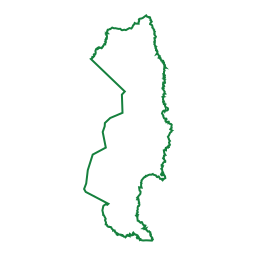 Wassa Amenfi Central, Western, Ghana
{"feature_id": "2480657B10255028610816", "entity_name": "Wassa Amenfi Central", "entity_type": "district", "adm_level": 2, "iso_a3": "GHA", "parent_name": "Ghana", "parent_adm1": "Western", "projection": "orthographic", "projection_center": [-2.243, 5.739], "detail": "fine", "context": "isolated", "style": "outline", "palette": "green", "viewbox_px": 256, "rotation_deg": 0, "n_neighbors": 0, "source": "geoboundaries", "source_scale": "gbopen_adm2", "svg_char_len": 5867}
<svg xmlns="http://www.w3.org/2000/svg" viewBox="0 0 256 256"><path d="M108.3,226.8L108.9,226.6L109.3,227.0L110.7,227.0L111.3,227.4L111.6,228.5L113.0,229.8L113.1,230.6L113.8,230.3L114.7,230.5L114.8,231.4L115.3,231.8L115.3,232.4L116.9,233.1L116.5,233.9L116.7,234.5L117.7,235.0L118.5,234.1L119.3,234.6L120.8,234.6L121.1,235.3L121.6,235.5L121.4,235.0L122.5,235.0L123.8,236.6L124.6,236.6L124.5,236.1L125.4,237.3L126.7,236.1L126.7,235.3L127.6,234.9L128.6,235.9L129.7,236.2L129.4,234.9L129.8,233.9L131.7,235.4L133.3,234.9L132.8,233.3L133.3,232.6L134.2,233.7L136.0,234.9L136.6,234.8L137.8,235.6L138.0,236.3L137.2,236.6L136.8,237.6L137.2,238.3L138.0,238.3L138.9,237.6L139.6,239.4L139.9,238.9L140.5,239.0L140.5,240.0L143.1,240.5L146.2,240.3L152.0,240.6L152.7,239.6L152.4,239.4L152.6,239.1L151.9,238.6L152.2,237.6L150.8,236.2L150.9,234.6L150.3,234.6L150.5,233.5L151.1,233.4L150.2,233.1L150.2,232.2L149.3,231.9L149.1,231.3L147.8,231.5L146.8,230.3L146.6,230.6L146.7,230.1L145.5,229.2L146.0,228.4L144.2,229.1L143.9,228.5L143.1,228.4L144.3,227.6L144.4,226.9L145.2,226.3L145.4,225.6L144.3,225.3L144.0,225.7L142.5,223.7L142.1,222.3L141.3,222.1L140.5,222.7L138.9,221.3L138.8,220.9L137.7,220.7L137.3,217.6L137.5,216.4L136.7,216.3L136.2,215.6L137.4,215.3L137.9,214.8L136.8,214.1L136.8,213.2L137.5,212.8L137.8,212.1L137.1,210.9L137.8,209.5L137.6,207.8L138.0,206.2L139.0,205.9L139.4,204.8L139.3,203.8L138.7,203.1L139.2,202.3L138.8,201.5L138.6,199.6L137.3,199.4L138.1,198.2L137.2,197.7L140.3,193.9L140.6,191.9L140.5,191.4L139.6,190.6L139.1,187.3L141.6,187.6L141.1,186.1L141.1,183.9L141.5,183.4L141.0,182.6L141.5,181.7L141.5,180.5L143.9,177.5L144.4,177.4L144.7,176.9L145.5,176.9L145.9,175.8L147.2,175.8L148.2,175.1L149.7,174.6L151.3,174.7L152.8,174.0L153.2,174.6L155.9,175.4L156.8,176.9L157.5,177.1L158.3,176.4L158.8,176.5L160.1,178.9L161.2,178.9L162.6,180.3L163.3,179.4L163.2,178.9L163.9,178.9L165.3,178.1L165.0,176.3L164.2,175.1L161.7,175.3L161.0,174.5L161.6,173.3L163.4,173.5L163.0,172.2L162.4,171.9L162.1,169.4L161.3,168.8L162.2,167.7L162.9,166.1L161.7,165.9L161.6,165.0L162.2,164.7L163.4,162.5L164.3,161.9L165.2,161.9L165.3,161.0L164.0,159.4L164.0,158.9L163.3,158.5L163.7,158.0L163.4,157.6L164.2,156.4L163.9,156.0L164.0,155.5L164.7,154.9L165.3,154.9L164.3,153.2L163.8,150.3L164.6,150.0L166.0,150.3L166.0,148.9L165.6,148.6L165.8,147.9L166.6,147.9L167.1,147.5L167.7,147.6L167.6,147.0L168.8,147.0L168.5,145.7L169.6,145.4L169.8,145.0L169.4,144.8L169.7,144.4L169.0,142.7L169.6,141.1L169.9,140.9L168.9,139.6L168.9,138.9L167.9,136.8L168.9,135.5L170.1,132.7L171.6,131.5L171.6,130.4L171.9,130.3L170.3,129.3L170.8,128.5L171.7,127.8L171.4,127.0L171.7,124.7L171.0,124.0L169.8,123.8L169.1,123.1L168.4,123.2L168.7,121.7L168.2,121.6L166.3,122.2L166.1,121.4L165.4,120.9L165.7,119.8L166.5,119.2L166.4,118.8L166.0,118.5L165.1,118.9L164.1,118.3L163.3,116.5L163.4,115.8L162.0,113.4L162.8,111.4L163.7,110.7L164.6,110.9L164.8,111.4L165.6,109.8L166.1,110.6L167.0,110.5L167.7,110.1L168.1,109.0L167.8,108.2L166.3,107.4L165.7,107.5L164.9,105.6L165.4,104.4L164.5,104.2L164.5,103.6L164.1,103.7L164.2,103.3L163.6,103.0L163.6,102.5L163.0,101.9L163.1,101.4L163.8,101.2L163.0,99.5L163.2,97.2L162.7,96.9L163.3,96.4L163.7,96.6L163.3,96.7L163.6,97.0L164.0,96.5L163.4,94.4L164.1,93.9L165.1,93.7L164.4,92.9L164.7,91.7L163.1,89.3L163.4,88.8L162.5,88.6L162.4,88.2L163.0,87.0L163.4,87.4L163.5,86.8L164.2,86.4L164.0,85.7L163.0,84.9L163.1,83.9L163.4,84.3L163.7,83.8L163.3,83.5L163.4,82.8L163.7,82.5L164.9,82.8L165.0,82.4L164.5,81.8L164.8,81.0L164.3,79.6L164.7,79.3L163.7,78.8L164.3,78.5L164.1,78.0L164.9,77.3L164.6,76.6L164.0,76.6L164.9,75.4L164.6,75.0L163.6,75.5L163.4,74.0L163.7,74.0L164.0,73.0L164.0,71.6L164.6,70.6L164.1,69.7L164.0,69.0L164.6,68.4L164.3,67.5L164.5,67.2L165.6,67.5L164.5,66.4L165.0,65.8L164.9,65.3L164.4,65.5L163.8,64.1L164.1,63.5L164.0,62.5L163.5,62.5L163.3,63.0L162.8,62.6L163.2,62.2L162.7,61.9L162.6,61.4L163.1,61.2L163.1,60.8L162.7,60.7L162.6,61.1L161.3,60.7L160.5,58.2L160.0,58.4L159.9,58.0L159.7,58.2L158.8,57.8L159.4,57.2L159.8,56.2L159.1,55.9L158.9,56.1L158.2,54.3L157.0,53.8L156.6,54.0L157.4,52.6L157.4,51.8L157.0,51.4L157.3,51.2L156.7,50.0L156.0,50.0L156.1,48.5L155.4,47.9L155.9,47.1L155.7,47.1L155.5,46.0L155.2,45.9L155.3,45.7L154.3,44.1L154.9,42.9L154.2,42.1L154.3,41.5L155.0,41.0L154.4,38.1L155.3,37.9L155.9,36.7L154.4,34.6L154.7,34.0L154.3,33.6L154.4,32.5L154.8,31.8L154.3,31.5L154.2,30.0L153.7,29.8L153.4,28.5L152.3,27.6L152.5,26.6L152.1,25.2L150.1,24.2L150.2,23.4L151.7,21.7L150.6,20.5L151.0,20.1L150.5,19.5L150.1,17.7L149.4,17.7L149.4,17.1L147.2,16.8L146.2,15.4L142.7,18.0L141.1,18.6L140.1,18.6L138.9,19.3L138.8,19.8L139.2,20.2L139.0,21.7L138.5,22.2L138.6,23.7L135.7,23.6L134.7,23.0L134.0,24.6L133.2,25.2L132.4,27.1L131.4,28.5L129.4,28.1L125.9,30.1L124.2,29.7L122.4,30.2L121.6,30.1L120.3,28.8L118.5,28.9L115.4,28.2L114.0,28.3L112.2,27.6L110.3,29.1L109.9,29.0L108.2,29.9L107.7,29.8L107.1,31.3L107.4,31.9L107.3,32.8L106.9,32.8L107.6,33.4L106.4,33.5L105.9,33.9L106.4,34.3L106.3,35.0L106.8,35.4L107.0,36.9L106.8,37.8L106.5,37.9L106.8,38.8L106.3,39.5L105.8,39.1L105.4,39.9L105.7,41.5L105.4,41.7L105.9,42.1L105.4,43.2L104.8,43.6L105.2,43.9L105.2,44.4L104.4,44.4L103.9,44.9L103.2,45.7L103.1,46.5L102.3,47.0L102.1,47.7L101.8,47.7L101.5,48.2L100.2,47.7L99.3,48.0L99.2,47.6L98.7,47.7L98.6,47.4L98.0,47.7L98.0,48.5L97.6,48.4L97.3,49.0L96.7,48.6L96.1,49.1L95.4,51.1L95.7,52.1L95.5,53.9L95.0,54.4L94.1,54.2L93.8,54.6L94.4,55.6L94.1,56.3L93.5,56.5L93.2,57.2L92.3,57.0L92.0,58.4L91.4,58.7L91.5,59.1L91.1,59.2L124.8,91.5L121.9,94.6L122.5,112.8L110.2,118.0L104.9,123.0L104.7,126.3L102.7,132.0L105.8,147.6L92.7,154.6L87.8,170.1L86.2,183.5L84.1,189.0L85.7,191.9L108.4,203.8L107.3,204.8L105.7,204.2L103.6,205.7L103.3,206.1L102.4,210.4L103.2,213.9L103.1,214.9L103.8,215.2L105.7,218.9L105.0,220.0L106.0,222.5L105.7,224.4L106.8,224.7L107.3,226.1L108.3,226.8Z" fill="none" stroke="#15803d" stroke-width="2"/></svg>